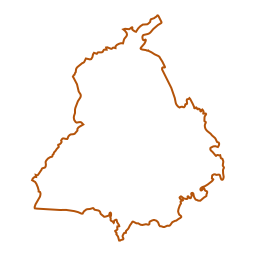 SVG path tracing the border of Punjab
{"feature_id": "IND-3249", "entity_name": "Punjab", "entity_type": "State", "adm_level": 1, "iso_a3": "IND", "parent_name": "India", "parent_adm1": "", "projection": "natural_earth1", "projection_center": [75.648, 31.038], "detail": "fine", "context": "isolated", "style": "outline", "palette": "amber", "viewbox_px": 256, "rotation_deg": 0, "n_neighbors": 0, "source": "natural_earth", "source_scale": "10m", "svg_char_len": 5866}
<svg xmlns="http://www.w3.org/2000/svg" viewBox="0 0 256 256"><path d="M123.0,43.4L123.9,39.9L124.4,38.7L126.4,36.3L127.0,34.8L126.7,33.1L125.1,30.9L123.3,29.4L125.1,28.8L129.0,29.2L130.5,28.4L131.0,27.8L131.9,27.3L132.2,27.3L132.4,27.8L132.2,29.1L132.4,29.6L132.8,30.0L134.6,31.3L136.0,31.8L138.2,28.4L140.4,26.2L142.8,24.6L147.2,24.3L148.1,23.8L150.1,22.0L150.5,20.0L150.9,19.3L154.3,18.1L155.6,17.0L156.2,16.8L157.4,15.4L158.0,15.5L158.6,16.3L161.4,21.9L161.5,22.3L161.4,22.8L161.0,23.2L158.0,25.0L153.2,29.1L150.9,31.9L150.0,32.8L149.0,33.5L147.8,34.0L143.4,35.0L142.9,35.6L142.5,36.4L142.4,37.5L142.6,38.7L142.9,39.7L143.6,40.2L144.0,40.2L145.4,39.6L145.7,39.8L145.8,40.3L145.5,41.4L144.5,43.5L140.9,47.7L140.6,48.3L140.8,48.9L142.1,49.5L145.9,50.1L147.3,50.7L148.2,50.4L148.6,50.9L151.5,52.3L154.6,54.3L158.3,56.0L159.4,56.8L160.2,58.2L162.4,61.7L164.9,66.8L164.9,67.3L164.5,67.5L162.9,67.4L162.4,67.7L162.1,68.1L162.1,69.5L171.3,87.9L174.8,98.1L175.7,102.7L176.1,103.9L176.8,105.1L178.1,106.6L179.5,107.5L180.9,106.9L182.1,106.7L183.2,107.2L184.1,107.2L184.9,106.2L185.3,104.4L185.7,104.1L186.5,104.2L186.9,103.9L187.1,103.2L186.7,100.3L187.0,99.4L188.7,98.9L189.4,98.1L190.2,99.0L192.7,103.8L194.0,106.7L194.3,108.1L194.8,108.3L195.2,108.2L195.9,107.5L196.2,107.4L196.6,107.8L197.1,108.8L197.6,109.2L197.9,109.3L198.3,108.7L199.4,108.9L200.1,109.7L200.4,111.1L200.8,111.4L201.3,111.1L201.9,109.8L202.3,109.5L202.9,110.2L203.4,111.1L203.6,111.9L203.2,113.3L203.3,113.6L205.3,113.5L205.8,113.6L206.1,114.1L205.7,115.0L204.8,116.2L204.5,117.4L204.4,120.6L204.5,121.2L205.7,122.0L205.8,122.7L205.1,124.1L204.8,125.4L204.9,126.9L205.4,128.6L206.0,129.6L207.2,131.0L210.7,133.8L212.0,135.4L214.9,137.9L215.5,138.7L217.0,141.9L218.7,142.6L219.1,143.4L219.1,144.4L218.8,145.5L217.9,147.0L215.3,146.2L213.3,146.4L210.9,147.6L210.5,147.9L210.3,148.9L210.4,149.5L210.8,150.4L212.6,152.0L215.8,155.8L216.0,155.9L217.0,155.1L217.7,155.0L219.4,155.4L220.2,155.2L220.8,157.9L221.1,158.3L222.4,158.8L223.2,161.0L223.3,161.9L222.9,164.3L222.8,165.7L223.9,167.4L223.9,167.9L223.3,169.1L223.0,170.0L223.1,173.4L223.7,176.9L223.3,178.7L222.7,179.6L222.1,179.8L221.4,179.5L220.8,178.4L219.9,175.3L219.5,174.8L218.9,174.6L216.2,174.9L215.0,174.3L214.1,174.3L212.5,175.1L212.1,175.8L211.9,178.4L212.2,178.8L213.2,179.2L213.3,179.4L212.6,180.5L211.7,181.4L207.7,184.5L204.9,186.2L202.3,187.1L201.4,187.7L200.7,188.4L200.4,189.2L200.5,189.9L200.8,190.3L201.1,190.5L202.1,190.0L203.5,188.3L204.0,188.3L204.4,188.8L204.9,190.2L205.5,190.8L206.7,191.2L207.2,192.0L207.0,193.2L206.5,194.4L206.4,195.9L206.1,196.2L203.9,197.6L200.3,200.7L198.1,200.6L197.5,200.2L195.9,199.7L195.5,199.4L194.4,197.6L193.9,196.4L193.3,193.6L192.6,192.9L191.7,193.0L191.3,193.4L191.2,194.0L191.7,195.3L191.7,195.7L191.0,197.5L190.8,198.0L190.4,198.2L189.8,198.1L188.2,196.3L187.9,196.3L187.6,196.5L187.7,198.2L187.5,198.6L186.9,199.0L185.8,198.9L183.7,198.4L181.3,196.5L180.8,196.4L179.9,197.1L179.6,197.5L179.9,198.5L180.6,199.1L182.4,199.8L182.8,200.0L182.9,200.3L182.5,200.6L181.1,200.9L180.6,201.4L180.6,202.2L181.0,203.2L180.9,203.6L179.8,205.4L178.5,209.1L178.1,211.2L178.4,212.6L179.2,214.6L180.8,215.8L181.2,216.4L181.2,217.1L180.4,217.9L178.6,218.9L176.3,220.6L174.9,220.9L172.3,222.2L170.3,225.0L169.8,225.5L169.0,225.8L167.3,225.7L164.4,227.0L163.3,227.0L161.3,226.3L160.0,226.2L159.1,225.1L158.2,222.6L157.8,222.0L156.4,220.7L154.3,220.0L153.6,220.0L152.0,220.5L150.0,221.5L149.5,222.1L149.4,222.8L149.4,224.0L148.9,224.5L148.2,224.7L146.0,224.2L142.3,225.0L140.5,224.7L138.2,223.3L136.4,223.3L133.3,221.7L132.8,221.6L132.3,221.9L131.4,223.4L130.0,225.3L128.5,228.3L128.0,229.0L126.0,231.0L125.9,232.8L125.4,232.9L124.5,232.8L123.9,233.3L123.0,235.0L122.6,235.9L122.6,236.7L123.4,238.4L123.3,239.1L122.9,239.5L121.2,239.9L120.0,240.6L119.1,240.5L118.0,236.5L116.3,234.2L116.3,233.9L116.6,233.3L116.5,232.8L115.3,231.5L115.2,230.9L116.9,229.9L117.4,229.4L117.2,227.4L117.4,226.4L119.0,226.4L119.3,226.2L118.9,224.9L117.2,222.3L116.5,219.8L116.2,219.7L115.7,219.8L114.4,220.5L114.1,221.0L113.9,222.6L113.7,222.9L112.5,221.5L111.0,220.7L110.7,220.3L110.6,219.7L110.7,218.1L110.2,217.1L111.0,215.8L111.1,213.9L110.8,212.9L110.4,212.6L109.8,212.9L109.6,213.2L109.2,215.0L108.7,215.6L105.6,216.6L104.2,216.8L100.8,214.0L100.5,213.5L100.1,211.9L99.3,211.0L98.4,210.5L94.5,209.7L93.4,208.2L92.9,208.1L89.9,209.0L87.3,209.2L86.3,209.5L83.9,211.4L82.6,213.6L81.4,213.6L78.0,212.1L74.2,211.1L66.0,209.9L60.0,210.0L36.6,208.6L34.8,208.3L34.6,207.1L35.5,204.4L40.0,196.6L40.4,194.8L40.5,193.5L40.1,192.1L38.6,191.5L38.7,190.5L37.8,187.2L36.4,183.9L35.2,182.0L32.1,180.2L32.7,178.7L33.7,177.6L34.9,176.9L36.1,177.0L35.7,174.9L36.8,175.3L37.6,175.2L38.2,174.6L41.4,169.9L41.8,168.9L42.3,168.3L44.8,167.6L45.6,166.6L45.9,164.8L45.6,162.0L46.2,160.6L48.0,158.5L49.0,157.9L50.3,157.1L51.8,156.8L52.3,156.4L52.7,154.7L53.6,154.0L54.0,152.5L55.5,150.9L56.8,148.9L58.7,147.0L58.7,146.5L58.1,145.0L58.3,144.7L59.6,144.3L60.9,143.2L61.6,141.9L61.1,140.5L62.1,139.0L62.7,138.5L63.5,138.4L65.8,138.9L67.2,139.0L67.7,138.4L67.9,137.4L68.6,136.1L69.7,135.0L70.8,134.4L73.3,134.2L74.6,133.8L77.4,130.6L77.4,129.0L78.3,127.6L79.7,126.6L83.3,124.5L81.6,122.7L80.7,122.1L79.4,122.1L76.7,122.6L75.7,122.1L74.3,120.1L74.0,119.0L73.8,117.5L74.0,116.0L75.0,113.0L75.0,109.6L75.4,107.8L77.9,101.2L80.4,97.4L80.8,95.9L80.6,94.5L78.7,91.5L77.0,84.3L73.5,77.6L72.9,76.7L73.7,75.2L74.5,74.7L75.0,73.1L75.7,72.2L76.1,69.1L76.7,67.9L77.6,66.9L82.3,63.1L83.4,62.7L84.2,62.0L85.9,58.5L89.9,59.4L91.2,59.1L92.4,57.1L93.0,54.4L94.0,52.8L96.8,53.8L97.8,52.5L99.0,52.3L100.4,52.4L101.9,52.3L102.7,51.8L103.8,49.9L104.4,49.6L106.6,49.7L106.1,47.5L107.2,47.3L111.1,48.8L111.6,48.8L112.1,48.5L112.8,47.8L113.3,47.6L115.5,48.1L115.5,46.4L116.9,44.9L118.8,43.9L120.3,43.4L121.1,43.2L123.0,43.4Z" fill="none" stroke="#b45309" stroke-width="2"/></svg>